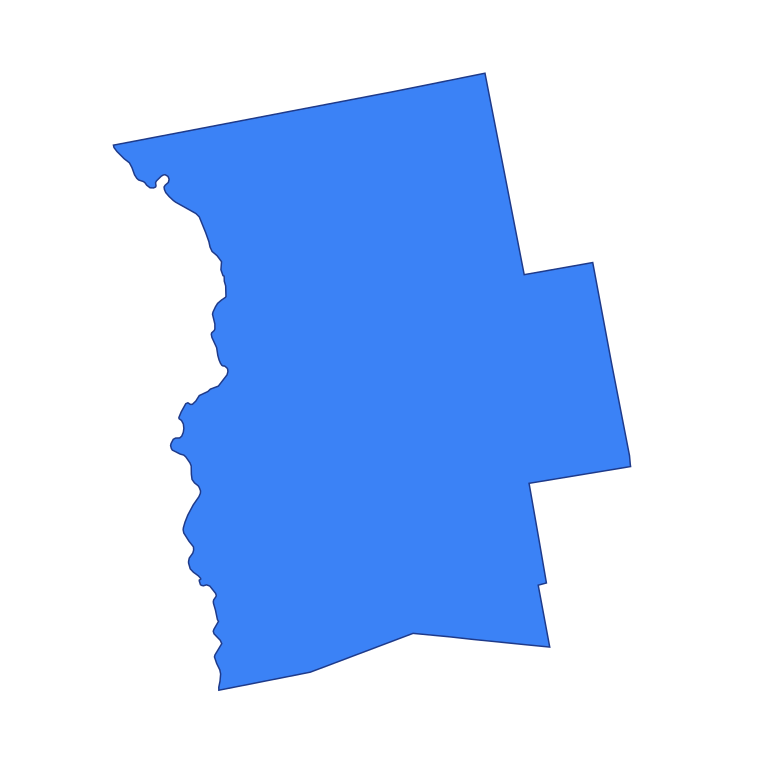 Windham, Vermont, United States of America, rotated 167°
{"feature_id": "52423323B2511363637596", "entity_name": "Windham", "entity_type": "district", "adm_level": 2, "iso_a3": "USA", "parent_name": "United States of America", "parent_adm1": "Vermont", "projection": "mercator", "projection_center": [-72.531, 42.995], "detail": "fine", "context": "isolated", "style": "filled", "palette": "blue", "viewbox_px": 768, "rotation_deg": 167, "n_neighbors": 0, "source": "geoboundaries", "source_scale": "gbopen_adm2", "svg_char_len": 2329}
<svg xmlns="http://www.w3.org/2000/svg" viewBox="0 0 768 768"><g transform="rotate(167 384 384)"><path d="M593.9,677.6L593.9,675.1L591.9,670.6L586.5,661.9L582.3,656.8L580.9,651.5L580.0,643.9L578.6,640.0L577.2,638.0L572.8,635.3L571.6,633.8L570.5,631.1L567.8,627.8L564.4,626.9L562.3,627.3L561.6,628.3L561.3,631.5L560.1,633.0L554.3,636.6L552.0,637.3L550.2,637.2L547.8,634.9L547.3,631.9L548.8,628.9L552.5,626.9L554.0,625.4L554.2,622.9L553.6,619.6L551.2,615.0L548.0,610.2L546.0,607.9L528.9,592.4L526.4,588.4L523.7,571.6L522.6,562.0L522.7,556.6L521.7,551.8L517.8,546.6L515.3,540.9L514.8,539.7L517.2,532.0L516.5,525.8L515.7,525.3L515.6,524.5L516.5,520.0L516.2,515.2L518.3,504.8L519.0,504.1L523.4,502.4L528.0,500.0L530.8,497.2L534.4,492.6L535.4,490.6L535.3,480.5L536.4,475.7L537.3,474.4L540.4,472.6L541.1,471.3L541.2,468.1L538.9,457.0L539.5,449.2L539.3,444.6L538.7,441.1L537.8,438.7L536.8,437.8L535.3,437.4L533.5,435.1L533.0,433.7L533.3,431.2L534.9,428.2L545.9,419.2L554.3,418.1L557.3,416.3L566.6,414.3L571.2,409.7L575.3,407.3L577.3,407.7L579.3,409.8L581.6,409.4L587.9,402.4L591.4,397.5L591.5,396.3L589.5,394.0L588.5,390.2L589.0,385.8L590.4,382.1L592.8,378.7L595.2,377.4L599.3,378.2L601.8,377.5L604.8,374.0L605.8,372.0L605.7,369.0L605.1,367.2L598.4,361.6L595.1,359.8L593.5,357.5L590.8,350.8L590.3,347.5L592.0,339.4L592.5,334.2L590.9,330.3L588.0,326.7L587.3,324.8L586.8,321.1L587.5,318.8L589.7,315.8L597.0,309.2L604.6,300.5L608.9,294.3L611.8,289.1L612.5,287.2L612.6,283.8L609.4,274.7L606.3,268.2L606.8,265.1L608.3,262.3L612.9,258.2L614.3,255.2L614.7,253.6L614.4,247.5L612.0,243.4L610.4,241.6L608.0,238.8L606.4,235.9L606.6,234.9L608.1,234.5L608.3,233.7L608.0,229.8L607.2,228.9L605.4,228.0L602.1,228.2L599.2,226.3L595.2,217.9L595.0,215.8L595.5,214.7L598.5,212.0L599.3,210.3L599.5,208.5L599.1,201.7L599.3,192.0L598.7,189.9L604.8,183.4L606.0,181.5L605.8,178.8L601.2,171.1L600.5,167.5L609.6,158.1L610.6,156.2L609.9,149.3L608.3,142.4L608.4,138.2L610.6,131.4L613.2,125.7L613.8,122.8L520.7,119.8L411.8,134.5L376.1,122.6L355.6,115.4L304.6,98.1L281.7,90.4L279.0,153.3L270.5,153.6L268.1,196.3L265.0,254.6L162.3,248.1L162.1,250.4L160.9,258.9L157.6,353.7L153.3,455.4L222.8,459.0L219.1,565.0L216.8,633.0L215.7,664.1L253.8,665.2L312.8,666.9L327.3,667.5L411.4,670.7L547.3,675.8L593.9,677.6Z" fill="#3b82f6" stroke="#1e3a8a" stroke-width="1.5"/></g></svg>